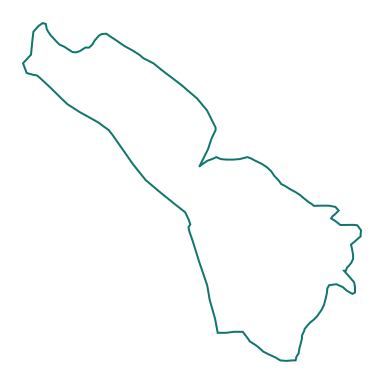 the district of Dokan, As-Sulaymaniyah, Iraq
{"feature_id": "34846034B72694577895124", "entity_name": "Dokan", "entity_type": "district", "adm_level": 2, "iso_a3": "IRQ", "parent_name": "Iraq", "parent_adm1": "As-Sulaymaniyah", "projection": "albers", "projection_center": [45.03, 35.922], "detail": "fine", "context": "isolated", "style": "outline", "palette": "teal", "viewbox_px": 384, "rotation_deg": 0, "n_neighbors": 0, "source": "geoboundaries", "source_scale": "gbopen_adm2", "svg_char_len": 2036}
<svg xmlns="http://www.w3.org/2000/svg" viewBox="0 0 384 384"><path d="M354.1,282.3L349.1,276.5L344.1,270.8L345.8,270.8L347.1,267.5L348.8,265.9L351.4,262.6L353.1,258.9L353.1,255.2L352.0,248.7L351.0,244.6L355.0,241.3L357.3,239.2L360.6,236.4L360.6,234.7L361.0,230.2L360.6,229.8L357.3,225.3L354.0,224.9L348.7,224.9L340.4,225.0L335.1,220.9L331.1,218.4L332.4,216.4L335.0,214.3L338.7,210.6L335.4,206.9L329.0,205.7L321.1,205.7L313.8,205.8L311.8,204.1L308.1,201.7L303.5,198.0L300.2,195.1L295.2,191.9L290.5,189.4L284.6,185.7L281.3,184.1L278.6,180.4L274.3,175.9L271.3,171.4L267.0,167.3L262.0,164.0L255.4,160.8L250.7,158.3L247.4,157.1L239.5,159.1L233.2,159.6L226.5,159.6L220.9,159.1L216.3,157.1L213.0,158.7L207.3,160.8L201.3,164.9L199.2,166.8L203.3,158.7L208.0,149.3L211.6,138.3L215.6,130.1L215.6,127.6L207.0,110.4L197.1,98.5L187.5,90.3L181.9,85.4L161.4,69.8L153.4,63.3L143.5,58.3L139.6,55.0L133.3,50.9L124.4,46.0L114.8,39.4L110.5,36.6L106.2,33.7L101.6,34.1L98.9,35.7L94.6,40.6L92.3,44.7L89.0,47.6L85.3,47.6L79.7,51.2L75.7,52.4L72.4,52.0L64.2,46.7L59.5,44.6L56.6,41.7L50.6,35.2L48.3,31.9L46.7,29.0L45.9,24.0L42.7,23.1L38.5,26.0L33.4,31.7L32.4,40.3L31.0,54.7L23.0,63.3L26.7,73.0L33.2,74.8L36.9,75.4L39.7,77.7L50.3,87.5L59.6,96.7L67.4,104.2L79.9,112.2L96.6,121.5L98.5,122.6L104.0,126.7L108.7,130.1L112.8,135.3L132.8,164.0L145.7,180.1L158.7,191.1L175.0,204.3L185.2,212.3L188.5,219.2L190.3,224.4L188.5,227.3L189.3,231.3L192.7,241.0L199.0,261.3L207.2,285.3L208.7,294.0L209.5,299.1L215.1,318.9L217.7,332.8L226.3,332.8L233.8,331.8L242.8,331.8L248.0,338.7L249.9,341.5L254.4,344.3L258.2,347.0L263.4,351.7L269.8,354.9L275.8,357.6L277.0,358.4L280.3,360.4L286.3,360.9L292.3,360.4L295.6,360.4L296.4,356.7L298.6,353.5L299.4,348.4L300.9,342.9L302.0,338.2L302.0,335.5L304.2,330.9L304.6,329.0L306.1,327.2L307.6,325.3L310.2,322.5L313.6,319.8L316.9,316.5L321.4,310.1L324.0,305.0L325.9,297.6L327.0,292.5L327.3,288.4L329.2,285.2L336.3,284.2L342.7,287.0L346.8,290.7L352.4,293.9L355.0,292.5L355.0,286.9L354.1,282.3Z" fill="none" stroke="#0f766e" stroke-width="2"/></svg>